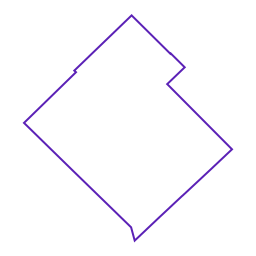 Trenque Lauquen, Buenos Aires, Argentina (Robinson projection)
{"feature_id": "61730980B72658617364075", "entity_name": "Trenque Lauquen", "entity_type": "district", "adm_level": 2, "iso_a3": "ARG", "parent_name": "Argentina", "parent_adm1": "Buenos Aires", "projection": "robinson", "projection_center": [-62.544, -36.056], "detail": "fine", "context": "isolated", "style": "outline", "palette": "violet", "viewbox_px": 256, "rotation_deg": 0, "n_neighbors": 0, "source": "geoboundaries", "source_scale": "gbopen_adm2", "svg_char_len": 319}
<svg xmlns="http://www.w3.org/2000/svg" viewBox="0 0 256 256"><path d="M184.7,67.3L170.7,53.4L170.4,53.8L131.6,15.4L74.3,70.6L76.0,72.2L24.0,122.9L73.1,170.9L131.1,227.3L134.7,240.6L159.3,217.3L182.2,195.9L182.5,195.7L209.0,171.0L232.0,149.3L167.2,84.1L184.7,67.3Z" fill="none" stroke="#5b21b6" stroke-width="2"/></svg>